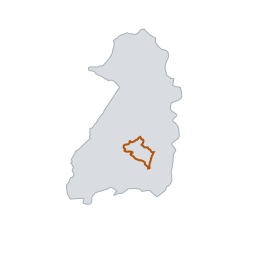 where Sanmatenga sits in Burkina Faso, rotated 124°
{"feature_id": "BFA-2825", "entity_name": "Sanmatenga", "entity_type": "Province", "adm_level": 1, "iso_a3": "BFA", "parent_name": "Burkina Faso", "parent_adm1": "", "projection": "orthographic", "projection_center": [-1.043, 13.248], "detail": "fine", "context": "in_parent", "style": "outline", "palette": "amber", "viewbox_px": 256, "rotation_deg": 124, "n_neighbors": 0, "source": "natural_earth", "source_scale": "10m", "svg_char_len": 4477}
<svg xmlns="http://www.w3.org/2000/svg" viewBox="0 0 256 256"><g transform="rotate(124 128 128)"><path d="M185.1,157.5L179.2,157.8L177.0,158.4L175.7,158.4L175.7,157.9L175.5,157.6L168.0,155.8L162.7,154.7L157.4,153.5L157.1,154.7L156.4,155.4L155.2,155.5L154.4,155.3L153.9,156.2L153.0,157.3L151.8,157.9L150.6,158.6L149.9,159.2L149.4,159.2L148.2,157.7L146.5,157.6L143.5,157.8L142.2,157.4L140.3,157.3L135.9,157.6L128.9,156.9L127.7,157.3L127.4,157.5L120.5,157.6L112.9,157.6L106.5,157.7L100.9,157.7L100.9,157.4L99.1,157.4L98.9,157.9L97.3,163.7L97.1,166.9L97.9,168.9L98.8,170.1L99.9,170.7L100.0,171.4L99.1,172.3L99.2,173.2L100.2,174.2L100.4,175.2L99.9,176.3L100.0,178.9L100.8,182.9L100.8,185.6L100.1,186.8L100.4,188.8L101.8,191.8L102.0,193.0L101.5,193.6L100.3,194.3L99.2,194.3L97.8,192.5L97.2,191.7L96.2,189.9L95.2,188.1L94.0,187.3L92.8,186.6L91.3,184.3L89.8,183.2L88.3,183.5L86.1,183.0L81.6,182.4L76.7,182.6L74.7,183.0L72.7,183.9L67.7,185.6L65.7,186.5L64.1,188.8L62.4,188.7L60.7,187.9L59.7,186.9L57.4,187.1L55.2,186.0L53.0,184.0L51.5,183.3L49.5,181.9L49.0,179.1L47.7,177.2L46.6,174.5L44.8,173.3L42.8,172.6L40.1,172.7L38.3,171.6L36.9,170.0L37.3,168.7L37.9,166.8L38.0,164.9L38.5,162.0L38.3,158.2L37.8,155.6L39.4,154.5L41.1,153.6L42.3,151.8L43.5,147.9L44.0,144.4L43.7,143.1L43.1,142.1L42.6,140.6L42.4,138.8L42.8,137.2L44.1,135.8L45.8,134.6L47.0,134.0L50.1,133.5L54.1,132.6L56.3,131.6L58.0,130.6L58.9,129.8L59.9,128.1L61.4,126.8L62.6,125.5L62.8,121.9L62.8,119.8L62.0,118.7L61.5,117.7L67.4,114.9L67.4,112.9L66.7,110.6L65.5,108.8L65.1,107.2L66.8,105.4L68.2,104.0L69.3,102.9L71.6,101.1L73.9,100.7L76.1,101.4L82.4,105.7L83.5,105.9L84.8,105.6L86.5,104.5L88.6,103.7L89.5,100.9L89.4,96.7L89.9,94.8L91.1,94.5L94.7,95.3L95.7,95.4L96.7,95.1L97.5,94.4L97.5,93.1L97.3,91.9L98.5,88.0L100.7,85.2L105.1,81.6L106.5,80.9L108.1,80.5L115.9,83.0L117.2,82.4L119.1,76.3L121.2,75.7L123.8,75.6L125.5,75.1L126.3,74.6L130.0,72.3L136.6,69.1L140.1,67.8L140.8,67.3L143.3,65.0L146.7,62.4L148.8,61.9L151.8,61.7L153.6,62.1L154.1,62.8L154.8,63.2L158.6,62.1L164.1,63.8L168.9,65.5L168.6,66.6L168.6,68.6L168.2,71.6L167.7,75.3L169.7,77.6L172.1,80.2L172.7,81.2L172.1,83.7L172.6,85.1L173.8,87.6L176.0,90.7L178.2,93.9L179.7,94.3L181.2,94.5L182.0,95.1L183.3,95.6L184.6,96.0L185.7,96.7L186.4,97.4L187.4,99.3L189.8,100.6L191.6,101.9L190.9,102.5L188.7,102.3L186.7,101.8L186.5,102.7L186.4,106.3L186.7,109.3L187.2,109.7L189.3,110.3L194.1,114.2L198.6,117.8L200.1,118.8L202.5,119.1L205.2,119.2L206.4,118.9L209.0,117.0L210.4,116.8L211.7,116.8L212.4,117.1L213.7,118.6L214.9,120.9L215.2,122.6L215.1,123.5L214.7,123.8L212.6,124.3L211.7,124.7L211.4,125.2L211.8,126.3L212.2,127.0L214.6,130.3L218.1,134.7L219.1,135.9L218.6,137.2L216.9,140.7L215.6,142.2L209.9,147.2L207.0,146.7L201.1,147.8L200.2,146.6L198.9,146.5L197.1,146.7L196.5,147.1L196.3,147.6L195.7,148.3L194.7,150.3L193.8,150.8L192.8,151.1L191.5,151.1L190.7,151.4L190.7,152.3L190.5,153.2L189.6,153.6L189.3,154.6L189.3,155.5L188.8,155.9L187.7,155.7L187.0,155.4L186.4,156.7L185.7,157.5L185.1,157.5Z" fill="#d9dde1" stroke="#a8b0b8" stroke-width="1"/><path d="M148.8,118.1L148.2,118.0L147.3,118.2L147.0,118.7L147.1,119.5L147.1,120.1L146.4,120.8L145.5,121.4L144.9,121.7L144.3,121.5L143.1,120.8L141.6,118.9L140.6,118.4L139.6,118.4L139.2,118.4L138.9,118.2L138.7,118.2L138.5,118.3L138.4,118.4L138.4,118.7L138.4,119.0L138.2,119.2L137.7,118.9L137.9,118.6L138.1,118.4L138.3,118.2L138.2,117.9L137.9,117.7L137.8,117.4L137.3,116.5L136.3,115.7L135.2,115.2L134.0,114.9L133.3,114.7L133.0,114.2L132.7,113.8L132.3,113.8L131.6,113.7L130.7,113.6L130.1,113.7L129.6,113.4L129.0,113.0L128.6,112.8L128.8,112.6L129.1,111.7L129.8,110.6L129.7,110.2L129.3,109.4L129.3,108.7L130.1,107.9L131.4,107.4L132.7,107.2L133.6,107.2L134.4,107.3L134.5,106.7L134.3,105.7L134.4,105.1L134.8,104.4L134.9,103.8L134.3,102.5L133.5,101.5L133.1,100.6L133.7,99.8L133.9,98.9L133.6,97.9L133.6,97.3L133.9,96.9L134.3,96.2L134.7,95.2L134.5,94.4L133.7,93.1L134.6,93.1L135.6,92.8L136.6,92.6L137.8,92.6L139.5,91.9L140.1,92.0L141.7,91.2L144.6,90.5L147.9,88.9L149.1,87.7L149.4,87.7L149.5,87.9L149.7,88.3L150.0,88.7L150.2,88.8L149.1,89.7L148.9,90.5L149.0,91.8L148.7,93.3L148.3,94.1L147.8,94.3L147.2,94.7L147.0,95.4L147.0,96.8L147.6,99.3L148.0,100.0L148.4,100.4L148.7,102.0L149.0,103.2L149.3,104.5L149.1,105.8L148.7,107.1L148.5,108.6L148.7,110.0L148.6,110.8L148.3,111.3L147.7,111.4L146.1,110.5L145.7,110.6L145.6,110.9L145.7,111.6L146.2,112.9L147.1,114.3L148.1,115.4L148.7,116.6L148.8,118.1Z" fill="none" stroke="#b45309" stroke-width="2"/></g></svg>